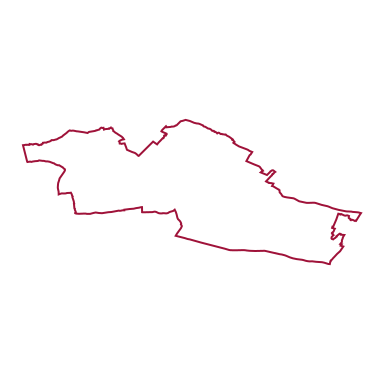 Argetoaia, Dolj, Romania
{"feature_id": "2599482B57573203776478", "entity_name": "Argetoaia", "entity_type": "district", "adm_level": 2, "iso_a3": "ROU", "parent_name": "Romania", "parent_adm1": "Dolj", "projection": "robinson", "projection_center": [23.353, 44.503], "detail": "fine", "context": "isolated", "style": "outline", "palette": "rose", "viewbox_px": 384, "rotation_deg": 0, "n_neighbors": 0, "source": "geoboundaries", "source_scale": "gbopen_adm2", "svg_char_len": 5924}
<svg xmlns="http://www.w3.org/2000/svg" viewBox="0 0 384 384"><path d="M328.4,264.0L329.1,264.0L329.8,264.1L330.3,261.7L330.6,261.7L330.4,261.6L330.4,261.2L330.7,260.7L330.9,260.8L331.0,260.5L331.5,259.9L332.0,259.6L332.8,258.5L334.8,256.4L337.1,253.9L340.1,251.2L343.3,246.5L340.7,245.7L341.7,244.3L340.3,244.0L341.7,242.3L341.9,241.9L341.9,240.3L342.7,238.4L342.8,237.7L343.2,236.8L344.3,235.0L340.8,234.7L340.7,233.9L339.6,233.7L336.5,236.2L336.7,236.6L336.1,237.0L335.4,237.8L334.2,238.5L333.2,239.4L331.8,238.9L331.5,238.5L331.6,237.2L331.8,236.9L333.1,235.4L333.5,235.1L332.1,233.7L332.6,233.2L332.2,232.7L333.4,231.7L333.8,231.0L334.2,229.8L334.8,228.7L332.1,227.9L332.5,226.6L333.2,226.7L336.3,219.5L338.3,213.7L339.3,213.9L339.7,214.3L340.4,214.5L340.5,214.1L341.1,214.0L344.1,215.4L345.2,215.7L346.8,215.4L347.5,215.4L349.0,216.0L348.9,216.4L348.7,217.9L349.0,218.3L350.0,218.7L350.5,220.0L350.9,220.2L351.4,219.6L353.0,220.0L355.0,221.0L355.6,220.5L356.1,220.8L359.9,214.7L361.0,213.1L358.3,212.4L356.4,212.2L352.6,211.9L351.3,211.6L346.3,211.4L338.7,209.9L332.4,208.2L328.6,206.6L327.4,206.2L321.7,204.9L315.4,202.9L314.0,202.7L307.5,202.9L306.3,202.8L299.2,201.3L294.5,198.7L293.5,198.3L287.0,197.4L284.5,196.9L282.8,196.3L282.4,196.0L281.1,193.9L279.7,192.4L279.5,190.2L278.8,189.8L278.7,189.5L277.8,189.1L273.0,186.2L272.1,186.0L273.4,183.6L271.2,183.1L269.4,183.0L268.8,182.6L268.5,182.8L267.9,182.3L266.3,181.6L266.0,181.4L271.1,176.0L271.9,175.4L271.9,175.0L272.3,174.5L272.7,174.3L272.7,173.8L273.4,173.7L273.7,173.2L274.2,172.8L274.7,172.2L275.2,171.9L273.3,170.4L272.2,170.3L270.4,171.4L270.1,171.9L267.0,175.0L260.7,172.4L261.9,171.4L263.0,170.8L262.7,170.4L262.4,170.6L261.4,169.1L259.7,166.8L258.7,166.2L254.1,164.4L246.4,161.1L249.6,155.2L250.6,154.5L252.2,152.0L249.5,150.9L248.1,149.9L246.7,149.3L239.0,146.4L236.0,144.6L234.6,143.6L233.6,143.1L233.4,142.9L234.5,141.9L233.4,140.6L233.2,140.1L232.6,140.1L232.2,139.9L232.1,139.7L232.4,139.5L232.5,139.2L229.2,136.8L226.8,135.6L225.7,134.5L225.2,134.7L223.9,134.4L222.6,134.3L221.8,133.9L221.1,134.1L220.6,134.0L219.2,132.9L218.7,132.7L218.1,132.8L217.2,133.4L216.7,132.8L215.6,132.0L215.5,131.9L215.2,131.8L214.5,131.9L214.3,131.3L213.8,130.9L212.3,130.9L211.2,129.7L209.7,128.8L208.0,128.5L205.3,126.8L203.7,126.4L203.4,126.2L203.1,125.5L199.5,123.9L198.5,123.6L196.5,123.4L194.1,122.8L189.9,121.0L185.6,119.9L182.8,120.8L180.6,121.3L176.8,125.1L176.4,125.4L175.5,125.5L175.0,126.0L174.1,126.4L172.9,126.6L171.5,126.6L170.8,126.9L166.4,127.3L166.3,126.6L166.0,126.2L162.5,129.7L161.8,130.5L161.4,131.3L162.4,131.9L166.6,133.7L166.7,134.2L165.9,135.4L165.4,134.9L165.2,134.9L164.9,135.2L164.1,135.6L164.1,135.9L164.3,136.5L163.9,137.0L163.8,137.6L163.4,138.2L162.8,138.1L160.7,140.4L158.6,142.5L157.1,144.4L153.1,141.6L138.7,155.9L138.3,155.8L136.3,153.9L134.8,152.9L132.1,152.0L127.0,149.8L126.6,148.8L126.1,147.2L125.4,145.5L125.2,144.9L124.6,143.4L122.6,143.6L121.5,143.9L120.6,143.5L119.7,143.5L119.4,141.6L119.1,141.3L119.5,141.0L119.8,140.7L120.8,140.3L121.5,139.8L123.9,139.3L123.0,137.9L121.6,136.6L117.8,134.2L117.5,133.9L115.3,132.6L113.9,131.4L113.3,131.1L113.3,130.8L113.2,130.2L112.7,129.4L112.5,128.4L111.9,128.2L110.8,128.1L110.7,127.7L110.2,128.1L109.0,128.4L109.0,128.8L105.2,129.1L104.0,129.6L103.7,128.5L103.5,127.8L102.5,128.0L101.7,127.7L101.2,127.7L100.0,128.6L99.4,129.5L98.3,129.8L97.3,130.2L96.2,130.3L96.0,130.6L95.4,130.8L94.0,131.1L89.1,131.9L88.7,132.1L87.6,133.0L84.1,132.3L77.9,131.4L76.6,131.3L73.8,130.7L72.8,130.6L71.0,130.8L69.8,130.4L68.9,130.9L67.7,131.8L66.6,132.9L63.0,135.6L62.2,136.5L60.0,137.6L59.2,137.9L56.6,139.4L55.8,139.5L53.8,140.1L51.5,140.1L50.8,140.9L50.4,141.1L49.3,141.6L47.2,142.1L46.6,142.6L44.4,142.6L42.9,142.8L42.8,143.6L42.5,143.8L41.9,144.0L41.5,144.7L41.0,144.5L40.2,144.9L39.2,145.2L38.5,145.1L38.3,144.6L37.5,144.5L37.4,144.2L36.0,143.8L34.0,144.1L33.5,144.2L33.1,144.6L32.4,144.5L31.9,144.2L30.6,144.2L29.7,144.0L29.6,144.8L29.4,144.9L28.5,144.9L28.1,144.7L26.7,144.9L26.1,144.7L24.6,145.0L23.0,145.2L27.1,161.4L27.4,162.0L30.2,161.6L31.2,161.9L31.7,161.8L33.3,161.4L33.9,161.4L34.7,161.2L37.6,161.0L38.4,160.8L38.8,160.5L39.1,160.4L42.9,160.9L44.0,160.9L45.9,161.4L47.6,161.4L49.7,161.8L53.3,163.2L54.0,163.3L54.5,163.7L55.5,164.4L57.6,165.2L58.3,165.3L59.1,165.2L61.0,166.4L61.5,166.6L61.8,166.9L62.7,167.3L63.8,168.6L64.4,168.8L64.8,169.2L65.0,169.8L65.0,170.0L64.7,170.9L64.2,171.8L59.6,178.4L59.1,180.3L58.2,183.0L58.0,184.6L57.8,187.4L57.9,188.5L58.6,191.6L58.7,194.4L59.7,194.0L61.7,193.4L64.3,193.5L65.8,193.4L67.0,193.0L69.6,192.9L70.9,192.7L71.3,193.6L71.7,194.1L72.1,195.7L72.6,196.3L72.4,196.5L72.4,197.2L73.7,201.1L73.9,202.1L74.0,203.1L73.9,203.6L74.2,203.9L74.0,204.2L74.4,208.3L74.9,208.8L74.8,209.7L75.7,211.7L75.8,212.3L75.9,212.7L75.2,212.8L75.1,213.1L75.3,213.3L76.3,213.6L78.9,213.8L83.9,213.6L85.6,213.6L87.1,213.9L88.7,213.9L90.0,213.9L93.7,212.9L95.7,212.5L98.9,213.0L102.0,213.2L108.4,212.2L111.4,212.0L118.9,210.6L119.6,210.8L120.9,210.7L122.4,210.3L124.3,210.3L124.3,209.7L129.8,209.0L133.7,208.7L136.2,208.1L139.0,207.7L141.4,207.1L142.0,207.1L142.1,212.2L142.7,212.3L152.4,212.1L154.2,211.7L155.2,211.7L156.3,212.0L158.5,213.1L160.0,213.4L162.2,213.4L162.6,213.2L164.0,213.2L166.2,213.4L167.8,213.1L169.4,212.1L170.2,211.8L173.0,211.0L173.9,210.4L174.7,209.7L175.9,212.2L176.6,214.4L177.4,217.8L178.0,219.1L179.7,220.8L180.3,221.6L180.8,222.5L181.2,223.7L180.9,224.4L181.7,225.6L181.8,226.3L181.0,228.1L177.0,233.6L175.7,235.8L184.8,238.1L187.6,239.0L189.8,239.4L201.2,242.6L224.8,248.7L229.2,250.0L230.7,250.2L234.9,250.3L243.7,250.1L245.7,250.3L246.8,250.5L249.8,250.8L255.2,251.0L264.7,250.8L279.7,254.2L281.8,254.5L284.8,255.3L286.2,255.8L289.7,257.3L292.8,258.3L296.7,259.1L302.2,259.8L303.5,260.1L305.8,260.8L307.8,261.2L309.7,261.4L312.1,261.3L316.1,261.8L322.0,262.2L324.3,262.7L328.4,264.0Z" fill="none" stroke="#9f1239" stroke-width="2"/></svg>